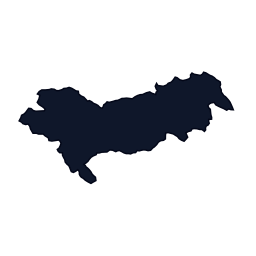 the district of Areias, São Paulo, Brazil, rotated 262°
{"feature_id": "56859067B47873164030304", "entity_name": "Areias", "entity_type": "district", "adm_level": 2, "iso_a3": "BRA", "parent_name": "Brazil", "parent_adm1": "São Paulo", "projection": "natural_earth1", "projection_center": [-44.716, -22.678], "detail": "fine", "context": "isolated", "style": "filled", "palette": "ink", "viewbox_px": 256, "rotation_deg": 262, "n_neighbors": 0, "source": "geoboundaries", "source_scale": "gbopen_adm2", "svg_char_len": 3130}
<svg xmlns="http://www.w3.org/2000/svg" viewBox="0 0 256 256"><g transform="rotate(262 128 128)"><path d="M150.2,21.2L148.6,23.4L146.9,24.6L145.7,27.1L145.8,29.7L143.3,31.0L140.7,31.3L136.0,33.2L135.6,36.5L134.5,38.5L133.8,43.2L131.8,44.8L130.4,46.5L129.2,47.8L126.6,48.0L125.7,50.8L125.7,54.9L125.8,57.6L124.5,58.8L122.2,59.6L119.8,58.4L117.6,56.9L116.6,55.0L114.7,55.6L113.0,57.0L112.6,59.6L110.0,59.4L107.6,60.2L105.5,61.0L103.0,61.1L100.6,62.6L99.0,64.1L96.9,64.8L95.1,65.2L92.7,65.8L91.6,67.8L92.5,70.3L93.7,72.4L91.6,73.7L89.0,73.4L87.4,73.9L85.8,74.9L84.3,76.8L82.3,78.4L80.3,80.8L78.3,83.6L79.3,85.9L80.4,88.9L83.8,88.9L85.6,87.3L87.4,86.0L89.9,85.1L92.2,83.7L93.9,82.4L95.2,81.1L96.7,80.5L98.2,79.2L99.2,81.5L100.6,83.7L102.3,85.2L104.2,87.4L105.3,89.9L106.0,92.7L107.6,93.7L107.3,96.1L107.7,98.6L107.5,100.8L107.2,103.9L108.8,106.8L108.2,109.6L106.3,112.6L106.9,114.4L106.9,116.4L105.5,118.5L103.9,120.6L102.9,122.7L102.6,125.0L102.0,127.0L102.8,129.5L102.6,132.1L104.4,133.9L103.8,136.0L104.1,138.3L104.2,140.2L103.8,142.3L102.8,144.7L102.8,147.3L104.8,149.7L105.6,151.4L107.6,154.1L109.8,156.1L110.9,158.6L110.9,161.5L112.0,163.5L115.8,164.1L117.8,164.7L117.9,167.0L116.9,169.5L115.8,172.1L114.2,173.9L112.7,175.8L110.3,177.2L108.5,179.3L107.1,181.7L109.1,184.2L110.6,185.8L112.7,185.2L115.2,184.6L116.2,187.5L116.4,189.9L118.3,191.4L118.2,193.6L117.7,196.1L116.6,198.8L116.2,201.1L114.0,203.2L115.3,204.6L117.3,204.7L119.1,205.7L119.8,207.7L121.4,209.1L123.1,208.8L125.3,209.1L125.1,212.0L127.0,212.3L128.6,212.0L130.2,211.9L132.7,212.0L135.1,212.1L136.7,210.8L139.0,210.2L140.7,212.1L141.3,214.1L141.3,217.0L138.8,218.1L136.9,220.7L135.5,222.9L134.0,225.4L131.9,228.2L132.9,230.4L131.9,232.3L131.4,234.8L134.3,234.1L137.1,233.3L139.4,232.6L141.5,231.5L143.5,230.2L145.4,228.9L146.8,227.3L148.5,226.5L150.6,225.4L152.9,225.6L156.0,224.6L158.1,225.7L160.8,225.7L162.4,223.8L163.6,222.1L165.8,220.5L167.6,218.5L168.8,216.3L171.8,212.7L172.7,210.6L171.0,209.3L170.0,207.0L171.0,204.0L172.1,200.8L173.5,199.0L171.9,197.3L169.4,197.1L168.2,195.3L167.6,192.4L167.3,188.9L168.5,186.0L171.0,183.6L171.8,181.8L169.3,179.5L167.4,177.3L166.7,174.1L165.2,172.3L164.4,168.7L165.2,165.9L165.9,163.5L168.2,162.5L165.6,160.8L162.8,161.4L160.5,162.5L159.5,160.8L157.3,160.1L159.2,156.3L160.7,154.6L160.3,151.1L159.7,149.1L159.1,147.1L159.3,144.7L158.8,141.9L157.9,139.3L156.3,136.3L157.2,133.1L157.8,130.7L157.9,128.0L158.1,126.0L157.4,124.0L156.8,121.8L156.9,119.6L156.5,117.4L156.2,114.9L156.0,112.9L156.8,110.9L155.3,109.2L154.3,107.2L152.5,106.4L151.1,105.1L152.4,102.9L154.5,101.4L155.9,99.6L157.2,97.3L159.0,95.7L160.5,93.6L160.2,91.6L162.0,90.4L164.7,88.5L166.1,86.2L168.4,83.9L171.3,83.9L172.0,81.6L173.7,79.6L175.2,77.7L176.4,75.3L175.9,72.7L176.1,70.0L175.2,68.1L174.6,64.5L175.0,62.3L176.6,60.4L177.4,57.4L177.0,55.5L177.2,51.2L177.7,48.0L176.5,45.2L174.3,43.0L172.7,45.3L169.0,43.8L166.0,41.7L163.4,43.4L161.2,46.0L159.9,47.3L158.0,48.7L156.6,47.3L156.9,45.1L157.4,39.1L158.4,36.7L160.7,34.7L161.3,32.4L157.6,28.8L156.3,27.0L155.4,24.4L153.2,23.4L150.2,21.2Z" fill="#0f172a" stroke="#020617" stroke-width="1.5"/></g></svg>